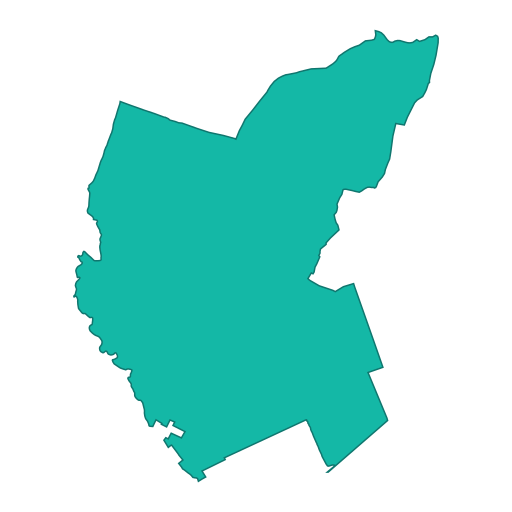 Sanpetru, Brasov, Romania (Albers equal-area conic projection)
{"feature_id": "2599482B44201222248053", "entity_name": "Sanpetru", "entity_type": "district", "adm_level": 2, "iso_a3": "ROU", "parent_name": "Romania", "parent_adm1": "Brasov", "projection": "albers", "projection_center": [25.619, 45.713], "detail": "fine", "context": "isolated", "style": "filled", "palette": "teal", "viewbox_px": 512, "rotation_deg": 0, "n_neighbors": 0, "source": "geoboundaries", "source_scale": "gbopen_adm2", "svg_char_len": 5913}
<svg xmlns="http://www.w3.org/2000/svg" viewBox="0 0 512 512"><path d="M416.7,39.7L412.8,42.4L410.1,42.9L407.9,42.8L405.0,42.1L399.9,40.6L397.7,40.5L394.9,41.1L392.9,42.3L390.9,42.3L389.2,41.6L387.3,39.9L383.8,35.1L381.3,32.8L378.7,31.6L375.3,30.7L375.8,34.7L375.5,36.5L374.8,38.4L374.3,39.4L371.6,40.2L365.4,40.9L359.3,45.2L354.9,46.7L350.3,48.7L344.7,52.1L339.2,56.0L338.7,56.6L337.1,59.6L335.7,61.4L332.8,63.9L326.1,68.2L311.2,68.9L299.6,71.7L296.5,72.8L287.9,74.5L285.8,74.8L282.7,76.0L279.9,77.4L278.4,78.2L274.3,81.4L270.4,86.2L267.9,90.3L267.0,92.1L259.6,101.2L252.7,110.1L245.2,119.2L242.3,125.2L239.4,130.6L235.9,139.2L235.5,139.0L235.5,138.8L223.5,135.5L209.0,132.4L197.1,128.5L182.0,123.1L178.7,122.8L175.2,121.5L170.2,120.2L169.4,119.8L168.8,119.1L167.9,118.5L165.0,117.2L164.1,117.2L154.2,113.5L143.9,110.1L128.8,104.7L120.2,101.5L119.9,103.6L117.7,110.3L115.5,117.9L114.7,119.6L113.4,124.2L112.8,128.8L112.0,131.6L111.6,133.0L111.0,134.1L108.5,140.7L108.2,141.2L108.0,142.3L107.6,143.2L107.0,145.3L105.7,147.6L105.5,148.3L104.5,150.6L104.1,152.6L103.0,156.6L101.8,159.2L101.2,160.3L100.4,162.4L97.9,170.7L95.9,174.9L94.8,178.0L93.3,181.2L91.9,182.8L89.1,185.3L88.9,186.0L89.1,187.1L89.0,187.9L88.9,188.1L88.1,188.3L88.0,188.8L88.1,189.5L89.5,192.0L89.8,193.2L89.6,196.1L89.3,198.9L89.0,202.9L88.9,205.5L88.6,207.1L87.6,209.5L87.4,210.4L87.4,211.2L87.7,212.4L88.0,213.1L88.8,213.7L91.8,215.9L92.9,217.0L93.6,218.5L93.5,219.5L96.5,220.1L97.0,220.3L97.3,220.8L97.4,221.3L97.4,221.8L96.6,223.1L96.6,223.6L96.8,224.3L97.8,226.5L99.2,229.0L99.7,229.7L100.2,232.6L101.4,234.5L101.4,235.3L101.2,236.0L100.0,238.9L100.0,239.5L100.1,240.3L100.6,241.9L100.7,242.2L100.7,242.6L100.4,243.3L100.2,244.9L99.9,245.7L99.8,247.1L100.1,249.9L101.0,254.5L101.2,256.1L101.0,257.8L101.1,259.7L100.6,260.3L100.1,260.5L98.8,260.7L95.6,260.8L94.2,260.6L93.8,260.3L90.9,257.4L87.9,254.9L84.6,251.6L84.2,251.5L83.8,251.4L83.0,252.4L82.7,254.4L82.0,255.6L80.7,256.2L80.3,256.2L79.1,255.7L78.7,255.6L78.2,255.9L78.0,256.1L77.8,256.6L77.8,257.1L78.9,257.8L79.5,259.2L79.8,259.8L81.0,261.6L82.0,262.1L82.2,262.5L82.3,262.9L82.0,263.6L81.3,264.5L80.8,264.9L78.3,266.3L77.4,267.2L76.5,268.6L76.0,270.0L75.9,270.8L76.0,271.6L76.9,275.1L77.3,277.2L77.6,277.5L77.8,277.5L78.5,277.2L79.1,277.2L79.5,277.4L79.9,277.8L79.7,278.4L78.7,279.7L76.6,281.8L75.8,283.5L75.4,285.5L75.7,286.7L76.4,288.5L76.5,289.2L76.4,290.1L75.8,292.1L75.4,294.0L75.0,294.8L73.9,296.0L73.9,296.8L74.4,296.9L75.2,296.3L75.5,296.1L75.9,296.2L76.3,296.4L77.1,297.6L77.8,299.8L77.7,301.4L77.9,304.5L78.5,308.3L78.8,308.9L81.7,312.5L82.2,313.0L83.1,313.5L83.7,313.6L84.6,313.5L85.3,313.6L88.1,316.2L89.6,317.4L90.1,317.6L91.2,317.4L92.0,317.4L92.5,317.8L92.7,318.2L92.7,318.9L92.7,320.2L92.2,324.2L91.8,324.7L91.0,325.0L89.8,326.0L89.5,326.8L89.3,327.6L89.4,328.9L89.7,329.8L90.2,330.9L92.4,333.1L94.3,334.6L95.7,335.4L98.3,336.4L99.6,337.4L101.8,340.6L102.1,342.0L102.0,343.2L101.6,344.6L99.7,347.3L99.6,348.6L99.8,350.0L100.4,351.1L100.8,351.6L102.7,352.7L103.3,352.7L103.7,352.6L105.3,351.3L105.7,351.1L106.3,351.2L106.7,351.4L107.1,351.9L108.0,353.7L108.6,354.2L110.3,354.9L111.6,354.9L113.1,354.5L113.7,354.2L115.0,352.9L115.3,352.8L115.8,352.9L116.2,353.2L117.3,355.1L117.4,356.0L117.5,356.9L117.3,357.5L116.9,357.9L115.1,359.0L113.5,359.6L112.7,359.7L112.4,360.1L112.4,360.4L113.0,362.0L114.2,363.9L119.5,367.5L120.6,368.1L123.1,369.0L125.8,369.8L127.0,369.1L128.3,368.9L130.3,369.3L131.6,369.8L131.9,370.1L131.8,370.9L131.5,371.9L130.9,373.4L130.5,374.1L130.4,375.4L130.4,376.5L130.1,376.9L129.4,377.3L128.6,377.3L128.2,377.5L127.9,378.3L128.0,378.8L128.9,380.6L129.5,381.5L130.5,382.7L131.1,383.7L131.3,384.6L131.2,385.6L131.3,386.4L131.6,387.0L132.9,389.0L133.8,391.3L134.6,392.6L134.7,393.2L134.7,395.1L134.8,395.8L135.1,396.7L136.2,398.2L137.1,399.1L138.1,399.9L139.0,400.3L140.2,400.2L141.1,400.6L142.7,402.8L144.4,409.6L144.5,411.2L144.4,413.0L144.8,415.9L145.5,418.2L145.9,419.0L147.4,421.0L148.1,422.5L148.8,424.3L148.9,425.1L149.1,425.8L149.5,426.1L150.4,426.3L152.8,426.5L156.0,419.8L161.9,423.4L161.4,424.3L166.6,426.9L170.0,420.0L174.7,422.0L173.0,425.5L185.0,431.6L181.4,437.9L171.2,433.2L168.2,438.9L165.8,437.7L163.9,440.2L168.3,447.4L170.3,445.8L171.2,445.2L171.6,445.1L178.2,453.9L178.9,455.1L182.9,460.0L178.7,463.4L181.5,467.0L182.6,468.9L184.3,469.9L188.2,473.0L189.7,474.0L191.2,475.3L192.9,477.4L195.3,477.9L196.2,477.8L197.6,478.6L198.4,481.3L202.1,479.0L205.7,477.0L202.0,471.0L225.2,459.6L224.3,457.8L306.1,419.8L306.5,419.8L306.5,420.3L306.7,420.9L307.6,421.3L307.7,421.6L308.0,423.3L308.1,423.6L308.9,424.2L308.9,425.0L309.1,425.5L310.4,427.5L310.8,429.7L311.3,430.9L312.3,432.8L313.5,436.1L316.5,442.9L317.0,443.6L317.0,444.3L318.1,446.4L319.3,449.8L321.6,454.6L322.0,456.1L322.5,457.2L326.2,464.1L327.5,465.9L328.4,466.1L329.2,466.0L332.3,465.0L334.0,465.1L335.2,465.5L327.3,472.1L328.2,472.1L387.6,420.5L386.9,418.0L368.0,372.5L382.9,367.3L373.6,340.7L354.7,287.1L353.6,283.6L343.4,286.7L335.3,291.6L332.7,290.3L319.2,285.8L309.7,280.3L307.9,278.6L311.3,273.0L313.0,273.8L314.1,272.0L315.0,267.2L316.7,264.0L319.8,256.8L318.8,255.5L320.0,253.2L320.0,251.3L320.5,249.0L326.1,244.4L326.1,242.8L330.4,238.0L339.0,229.9L337.8,225.2L336.1,222.7L335.0,219.0L334.1,214.8L336.2,212.4L336.9,210.5L337.5,207.1L337.0,204.1L339.7,197.8L341.9,194.3L343.0,189.8L344.0,189.3L345.9,189.2L352.4,190.6L355.8,191.5L359.3,192.2L361.8,190.8L364.4,188.9L367.4,187.3L369.2,187.1L371.8,187.5L373.7,187.4L374.3,188.0L375.6,187.6L376.3,186.6L378.1,181.8L382.3,177.0L384.5,173.5L385.4,169.4L387.9,162.9L389.6,159.1L390.8,151.8L392.9,136.0L395.8,123.5L404.3,125.0L407.4,117.1L414.6,102.8L417.3,99.9L422.7,96.5L424.9,92.6L426.4,89.5L428.3,83.5L429.5,82.5L429.4,80.6L430.8,73.4L433.8,64.4L436.0,55.3L438.1,42.8L438.2,38.2L437.6,36.3L435.7,35.2L432.6,36.9L428.9,36.9L424.9,39.7L419.5,41.4L416.7,39.7Z" fill="#14b8a6" stroke="#0f766e" stroke-width="1.5"/></svg>